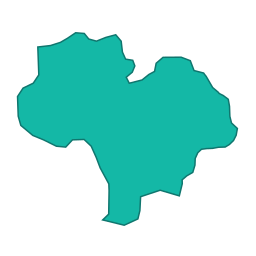 Cheongyang-gun, South Chungcheong, South Korea (Mercator projection), rotated 178°
{"feature_id": "91817680B7861346133014", "entity_name": "Cheongyang-gun", "entity_type": "district", "adm_level": 2, "iso_a3": "KOR", "parent_name": "South Korea", "parent_adm1": "South Chungcheong", "projection": "mercator", "projection_center": [126.839, 36.437], "detail": "fine", "context": "isolated", "style": "filled", "palette": "teal", "viewbox_px": 256, "rotation_deg": 178, "n_neighbors": 0, "source": "geoboundaries", "source_scale": "gbopen_adm2", "svg_char_len": 1112}
<svg xmlns="http://www.w3.org/2000/svg" viewBox="0 0 256 256"><g transform="rotate(178 128 128)"><path d="M156.5,37.0L135.2,31.0L121.3,36.8L119.0,45.0L117.8,58.9L98.1,64.7L79.1,58.4L75.7,70.5L75.7,74.3L71.0,78.1L64.8,81.4L62.4,88.5L61.9,95.2L59.1,100.9L55.3,104.2L50.0,104.7L44.3,104.7L38.2,105.6L31.5,105.6L27.2,108.0L23.0,111.8L20.1,117.1L19.9,118.2L18.7,123.7L24.4,129.4L25.8,136.1L25.8,146.1L26.8,153.2L31.5,157.0L35.8,159.4L36.3,160.3L42.0,165.5L48.1,176.9L49.6,178.9L50.5,180.3L60.0,183.1L63.4,193.1L72.4,196.9L90.5,197.4L97.6,191.7L99.5,183.6L105.2,180.8L112.3,175.5L125.2,172.7L128.0,178.8L121.8,183.6L119.0,189.8L120.9,195.5L128.0,196.9L130.9,204.0L131.8,215.0L137.0,221.6L147.0,219.3L156.5,215.9L164.1,218.3L168.4,224.0L177.0,225.0L185.5,219.7L192.6,215.9L202.6,213.1L215.3,212.1L215.3,208.6L215.3,198.2L215.3,184.2L221.1,176.1L231.5,171.5L237.3,163.3L237.3,152.9L237.3,143.6L235.0,134.3L223.4,123.9L213.0,119.2L200.2,112.3L190.9,111.1L183.9,118.1L172.3,118.1L165.4,111.1L160.7,99.5L157.2,89.1L149.1,72.8L149.1,65.9L150.3,42.6L156.5,37.0Z" fill="#14b8a6" stroke="#0f766e" stroke-width="1.5"/></g></svg>